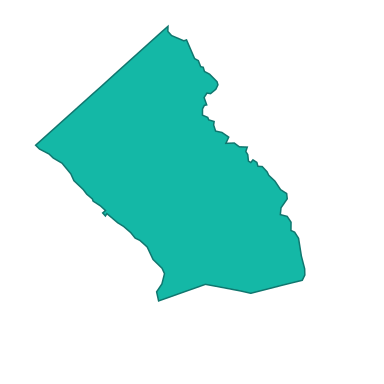 Taos, New Mexico, United States of America, rotated 318°
{"feature_id": "52423323B45931261508118", "entity_name": "Taos", "entity_type": "district", "adm_level": 2, "iso_a3": "USA", "parent_name": "United States of America", "parent_adm1": "New Mexico", "projection": "albers", "projection_center": [-105.561, 36.505], "detail": "fine", "context": "isolated", "style": "filled", "palette": "teal", "viewbox_px": 384, "rotation_deg": 318, "n_neighbors": 0, "source": "geoboundaries", "source_scale": "gbopen_adm2", "svg_char_len": 1412}
<svg xmlns="http://www.w3.org/2000/svg" viewBox="0 0 384 384"><g transform="rotate(318 192 192)"><path d="M107.1,52.6L107.4,58.0L111.2,68.2L111.6,73.9L114.7,83.6L114.1,97.4L111.8,104.6L112.8,117.3L112.3,123.2L113.3,130.5L112.4,132.6L114.7,141.2L115.3,147.9L111.6,147.8L111.6,151.9L114.3,151.1L116.2,165.2L118.1,171.7L119.3,181.1L118.9,188.2L120.9,193.1L121.9,202.9L117.9,216.1L118.7,228.7L116.9,234.3L108.1,240.2L98.9,242.5L94.3,250.6L140.2,269.6L144.5,275.2L162.0,298.2L167.9,306.6L196.0,321.3L214.9,331.4L220.3,329.2L224.3,324.5L230.4,312.8L240.2,297.7L241.4,290.5L239.8,286.8L245.4,280.7L246.4,273.8L242.5,267.9L247.6,263.3L258.2,260.8L261.3,256.5L259.4,249.5L260.9,239.4L260.2,231.0L261.3,227.2L261.2,220.1L258.2,217.0L260.0,213.4L258.8,208.9L255.4,209.4L254.6,206.8L258.4,201.6L259.1,197.9L263.1,195.6L257.4,190.1L256.2,183.9L249.7,178.5L256.0,175.8L254.1,167.8L250.3,162.5L252.9,156.7L255.6,154.4L252.7,149.6L253.6,147.1L251.2,141.9L255.4,137.3L259.2,135.9L261.2,137.1L264.2,129.9L269.3,128.5L271.6,131.3L278.5,131.6L283.0,129.7L284.4,126.8L283.9,116.2L281.9,110.8L283.8,106.8L282.3,104.7L284.6,98.6L283.2,94.6L289.7,75.3L287.1,74.2L281.5,62.1L281.5,56.5L285.0,52.8L278.0,52.7L240.0,52.7L239.9,52.7L234.8,52.7L233.7,52.7L229.6,52.7L219.7,52.7L218.9,52.7L214.1,52.7L192.9,52.8L184.4,52.7L172.7,52.7L172.3,52.7L109.4,52.6L109.1,52.6L107.1,52.6Z" fill="#14b8a6" stroke="#0f766e" stroke-width="1.5"/></g></svg>